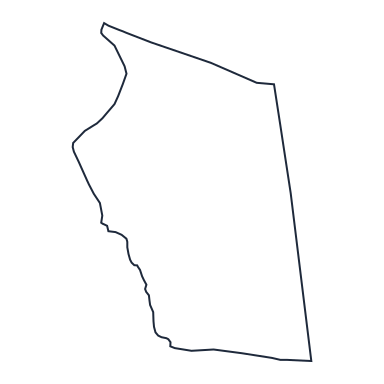 Al Fao, Gedarif, Sudan
{"feature_id": "16777658B5270052963378", "entity_name": "Al Fao", "entity_type": "district", "adm_level": 2, "iso_a3": "SDN", "parent_name": "Sudan", "parent_adm1": "Gedarif", "projection": "natural_earth1", "projection_center": [34.062, 14.059], "detail": "fine", "context": "isolated", "style": "outline", "palette": "slate", "viewbox_px": 384, "rotation_deg": 0, "n_neighbors": 0, "source": "geoboundaries", "source_scale": "gbopen_adm2", "svg_char_len": 1284}
<svg xmlns="http://www.w3.org/2000/svg" viewBox="0 0 384 384"><path d="M122.8,31.3L119.5,30.1L108.5,25.7L104.1,23.1L102.1,28.0L101.8,28.8L101.5,29.5L101.4,29.7L101.4,30.1L101.3,31.8L101.3,32.0L101.3,32.4L101.2,32.9L103.1,35.5L114.5,45.6L123.1,63.2L124.6,66.3L126.5,73.7L122.8,84.1L118.1,96.2L114.5,104.1L106.2,113.8L102.5,118.2L96.8,123.5L93.8,125.3L84.8,130.9L80.0,135.9L73.2,142.9L72.9,145.2L72.7,147.1L73.9,151.7L78.8,162.0L83.9,173.4L85.2,176.3L86.2,178.5L87.2,180.8L87.8,182.0L88.8,184.2L93.8,193.8L99.9,203.0L102.3,215.6L101.2,222.7L102.7,223.8L102.9,223.8L107.1,225.8L108.4,231.2L115.6,232.1L121.6,234.8L126.4,238.7L126.5,238.9L126.5,239.1L126.8,240.0L127.0,240.6L127.2,241.5L127.3,241.9L127.3,246.4L127.3,247.3L128.5,254.0L130.1,259.7L131.6,262.6L134.3,265.2L137.2,265.4L137.9,266.8L140.0,269.9L142.1,276.3L143.9,280.1L146.4,284.7L145.1,289.0L146.2,291.9L148.9,295.3L149.5,300.6L150.1,305.0L153.2,312.1L153.5,321.3L154.0,326.8L155.5,332.4L158.2,335.6L161.5,337.2L166.4,338.2L168.3,339.2L170.5,342.2L170.3,346.3L170.5,346.4L174.8,348.1L191.5,350.8L213.6,349.5L241.7,353.2L271.9,357.9L280.5,359.9L287.7,359.9L311.3,361.0L290.7,193.2L284.1,150.1L280.5,126.4L274.0,84.3L256.7,82.8L211.0,62.9L151.1,42.4L126.3,32.8L122.8,31.3Z" fill="none" stroke="#1e293b" stroke-width="2"/></svg>